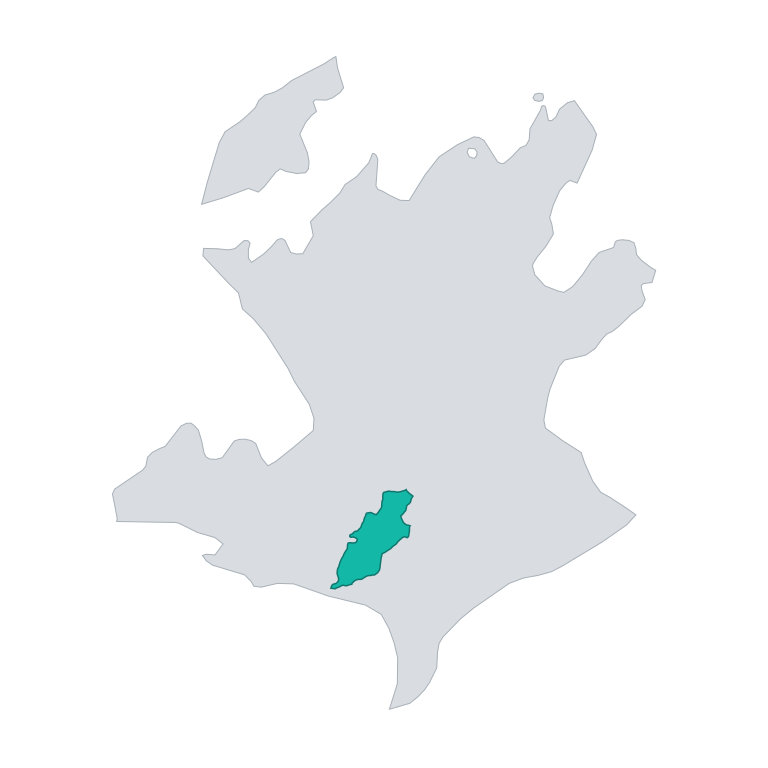 Hajigabul District, Hajigabul, Azerbaijan shown in context, rotated 93°
{"feature_id": "54616110B48173541517146", "entity_name": "Hajigabul District", "entity_type": "district", "adm_level": 2, "iso_a3": "AZE", "parent_name": "Azerbaijan", "parent_adm1": "Hajigabul", "projection": "equal_earth", "projection_center": [48.908, 40.107], "detail": "fine", "context": "in_parent", "style": "filled", "palette": "teal", "viewbox_px": 768, "rotation_deg": 93, "n_neighbors": 0, "source": "geoboundaries", "source_scale": "gbopen_adm2", "svg_char_len": 5622}
<svg xmlns="http://www.w3.org/2000/svg" viewBox="0 0 768 768"><g transform="rotate(93 384 384)"><path d="M535.3,643.7L532.0,643.4L508.0,649.4L503.0,647.4L482.6,620.5L478.4,617.5L469.5,616.3L464.4,611.8L460.2,604.6L457.8,599.3L436.7,584.7L433.6,579.3L433.2,574.6L436.3,570.4L439.9,566.9L450.2,563.2L462.3,560.1L466.1,557.9L468.1,554.0L468.0,547.8L466.1,541.7L448.8,530.6L446.9,525.8L446.4,519.9L447.4,513.8L450.1,509.0L464.2,502.5L471.8,495.7L467.1,488.2L452.0,471.1L434.1,452.2L422.0,452.1L408.1,457.6L385.9,473.7L373.5,480.6L357.5,492.0L339.9,504.6L325.5,518.1L316.5,529.3L300.6,534.1L292.4,543.5L265.5,571.6L258.0,571.2L257.7,557.3L258.2,546.2L256.6,539.9L248.1,531.2L248.0,527.4L250.3,525.1L256.9,526.5L265.4,526.0L269.5,522.6L260.6,511.1L252.6,503.5L245.8,498.3L244.3,495.2L244.3,493.0L245.8,490.4L257.5,484.1L258.8,478.4L258.1,471.9L239.6,462.4L225.7,465.9L213.4,455.2L205.5,447.0L195.6,438.1L186.8,433.3L178.4,422.2L163.8,410.7L154.4,407.5L154.5,405.7L156.3,403.6L160.3,401.9L186.7,402.4L189.9,400.3L191.6,395.4L195.3,388.2L199.7,377.5L199.5,368.5L173.2,354.1L154.2,340.8L141.2,323.2L132.5,307.2L132.9,301.9L135.6,296.8L156.3,282.1L157.8,278.3L157.4,275.7L150.2,268.1L141.1,260.4L138.3,254.7L132.6,251.8L121.6,251.6L102.5,242.1L98.4,241.1L97.6,239.3L98.5,237.3L112.4,233.5L112.2,230.3L108.1,226.1L100.4,223.1L93.5,215.5L91.1,208.7L116.3,188.8L123.7,184.8L139.8,188.5L173.3,201.7L170.9,209.0L174.2,213.1L181.9,218.7L196.6,224.4L209.2,227.3L215.6,224.8L225.3,222.7L237.7,229.3L249.2,237.6L255.0,240.9L258.0,242.0L266.9,239.2L277.6,228.5L281.9,215.5L283.1,209.3L277.0,200.8L264.5,191.5L250.4,183.3L241.4,176.1L235.7,161.9L229.9,160.4L228.4,158.5L227.5,153.7L227.8,146.9L229.9,141.7L235.7,139.5L241.5,138.7L246.8,133.7L253.5,124.0L256.3,118.6L268.6,121.7L270.2,130.4L272.4,132.3L277.5,131.2L286.0,127.6L292.8,130.4L301.4,140.7L313.3,151.7L319.8,159.0L322.3,164.1L328.4,169.1L337.4,174.9L344.5,183.9L350.7,205.1L357.2,210.0L380.5,218.0L388.6,219.7L411.5,222.5L419.6,220.5L431.5,202.2L442.1,183.5L452.1,179.6L470.0,170.5L480.7,162.0L485.2,152.8L495.3,135.4L501.5,125.6L512.0,134.3L530.3,157.8L556.3,196.2L562.7,207.1L566.9,219.7L570.6,235.0L576.6,248.6L603.1,282.8L614.6,295.4L633.4,311.8L640.1,315.4L648.8,316.5L664.8,316.5L679.7,322.9L687.1,327.4L694.7,333.9L701.5,341.5L708.5,361.6L682.7,355.0L656.8,356.0L642.1,360.3L627.9,366.2L614.3,374.6L605.8,390.8L598.7,428.5L588.3,463.8L588.7,480.1L593.3,495.9L592.8,503.3L588.0,506.5L581.9,513.2L573.9,545.7L569.9,552.2L564.7,556.3L563.3,552.4L563.6,543.9L552.2,536.3L546.2,544.8L542.0,562.7L533.7,581.6L533.2,585.2L535.3,643.7ZM152.7,310.6L154.0,305.6L150.8,303.3L147.3,303.2L144.3,305.7L144.2,311.9L148.3,313.1L152.7,310.6ZM65.0,457.3L61.2,452.1L59.5,449.2L71.0,446.9L90.3,439.8L95.4,443.3L100.9,450.3L103.5,456.4L103.8,467.7L106.1,469.5L115.4,465.7L119.5,470.3L126.6,475.8L138.9,481.2L156.9,472.7L165.9,470.5L173.2,470.7L177.1,473.4L178.4,482.1L176.8,493.0L174.6,498.9L178.3,503.2L192.9,513.7L198.9,519.5L195.8,529.6L206.4,554.2L209.9,563.8L214.1,575.6L191.7,571.0L151.4,561.1L140.4,555.9L130.1,542.2L123.9,535.5L114.8,527.0L107.2,523.8L101.6,517.9L98.5,509.1L93.8,501.3L85.7,492.0L67.4,460.6L65.0,457.3ZM92.9,248.4L90.4,250.2L86.6,248.4L85.5,244.6L85.9,240.6L89.7,239.6L92.8,240.8L93.6,244.4L92.9,248.4Z" fill="#d9dde1" stroke="#a8b0b8" stroke-width="1"/><path d="M536.3,352.9L535.9,352.4L535.2,351.7L534.2,351.4L532.5,351.3L531.3,351.1L529.6,350.9L528.8,350.9L527.7,351.0L525.8,351.0L524.3,350.7L524.2,350.6L523.7,352.4L523.7,353.1L523.6,353.9L523.1,355.0L522.2,356.2L521.5,357.2L520.5,357.8L519.0,358.6L517.6,359.4L516.8,359.7L514.9,360.4L513.5,358.9L511.9,357.7L510.6,356.8L509.4,355.8L506.9,355.2L504.9,355.1L503.4,354.2L502.6,353.0L501.6,352.1L500.2,351.2L499.1,351.2L497.0,350.6L495.4,349.8L494.5,349.2L494.4,349.3L493.0,351.3L492.0,352.9L488.8,356.4L488.4,356.4L489.4,358.2L490.7,362.0L491.2,364.0L491.2,366.0L490.9,368.2L491.0,370.6L490.8,373.1L490.9,374.7L491.7,376.4L492.1,378.4L492.8,378.8L493.6,379.3L494.7,379.3L494.9,379.3L497.2,379.3L499.3,379.1L501.1,379.8L503.6,379.9L506.3,379.9L508.1,380.2L509.7,381.4L511.5,382.4L513.3,383.6L514.9,384.9L514.4,387.0L513.5,389.1L513.0,390.6L513.5,392.9L513.9,394.7L515.4,395.3L516.8,395.6L517.9,396.0L518.7,396.5L520.5,396.9L522.1,397.1L523.3,397.7L524.1,398.4L526.1,399.0L527.4,399.3L528.7,399.9L529.3,400.3L530.3,401.4L532.0,402.5L532.4,404.0L532.8,405.3L533.8,406.5L535.3,407.7L536.1,409.4L536.8,410.2L538.1,410.2L538.8,409.2L538.5,407.4L538.5,405.9L539.6,403.4L540.7,402.5L543.0,403.2L543.8,404.0L544.4,406.3L544.4,407.8L544.3,409.2L544.3,409.8L544.5,410.8L544.7,411.5L546.4,412.0L548.4,412.0L550.5,412.1L551.8,412.9L553.5,413.9L555.7,415.0L558.1,415.8L559.5,416.6L561.6,417.6L564.0,418.5L565.6,418.9L567.7,419.4L568.9,419.7L570.7,420.5L572.0,420.8L574.2,420.9L575.8,420.9L577.5,420.3L578.9,419.7L580.4,419.2L582.0,419.1L583.2,419.3L584.6,420.3L585.9,421.7L586.2,423.1L586.7,424.4L587.7,425.4L589.1,426.0L590.4,426.2L590.8,426.3L590.8,424.8L591.1,422.1L590.1,420.7L589.6,419.4L588.8,417.7L588.0,416.4L587.0,414.7L587.4,412.3L587.4,411.4L587.4,410.6L586.7,409.0L586.2,407.8L585.9,406.7L585.7,405.7L584.7,405.5L583.0,404.0L582.1,403.1L581.2,401.7L580.5,399.7L580.4,397.6L580.0,395.8L578.3,393.6L577.3,392.1L576.4,390.5L576.0,388.8L576.0,387.5L575.4,385.9L575.2,383.5L574.5,382.6L572.7,380.4L569.9,378.8L568.1,378.5L558.3,377.8L555.0,377.2L553.4,376.9L552.3,374.6L551.2,373.1L550.1,371.7L549.1,370.2L548.2,368.9L546.4,367.3L545.1,366.0L543.9,364.3L542.7,363.1L541.8,362.6L540.8,361.9L538.5,359.8L537.5,358.6L536.2,357.4L535.5,355.4L535.8,353.6L536.3,352.9Z" fill="#14b8a6" stroke="#0f766e" stroke-width="1.5"/></g></svg>